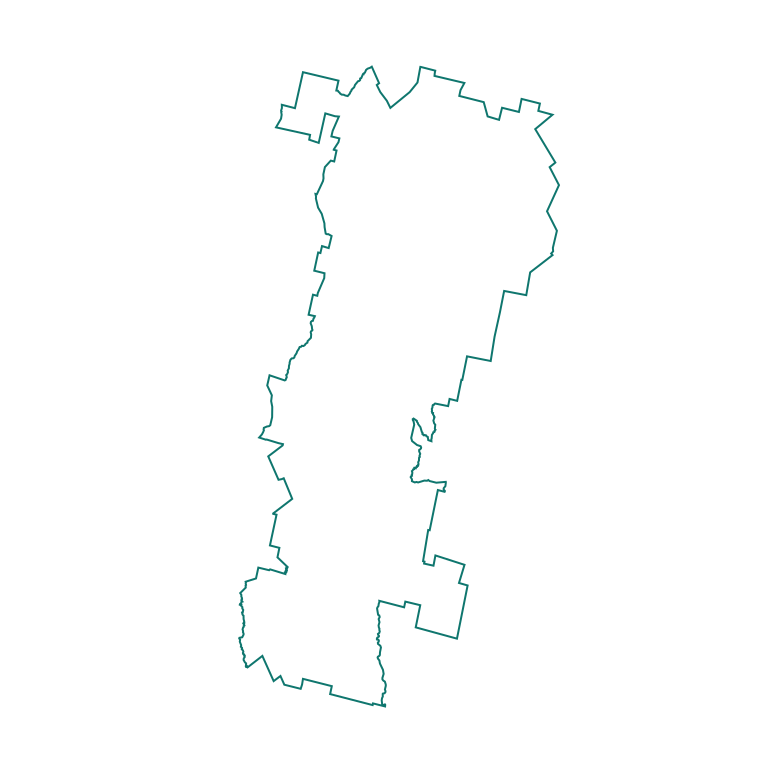 Cloncurry, Queensland, Australia (Equal Earth projection), rotated 189°
{"feature_id": "25037944B6261933942264", "entity_name": "Cloncurry", "entity_type": "district", "adm_level": 2, "iso_a3": "AUS", "parent_name": "Australia", "parent_adm1": "Queensland", "projection": "equal_earth", "projection_center": [140.518, -20.699], "detail": "fine", "context": "isolated", "style": "outline", "palette": "teal", "viewbox_px": 768, "rotation_deg": 189, "n_neighbors": 0, "source": "geoboundaries", "source_scale": "gbopen_adm2", "svg_char_len": 6113}
<svg xmlns="http://www.w3.org/2000/svg" viewBox="0 0 768 768"><g transform="rotate(189 384 384)"><path d="M512.8,679.3L515.1,642.5L528.6,643.8L528.0,640.6L528.4,637.9L527.8,637.0L528.1,636.6L527.2,633.9L527.2,629.9L530.8,620.6L496.0,618.5L496.1,613.6L486.2,611.9L484.3,642.1L474.3,640.8L470.4,641.1L474.3,626.0L474.7,620.3L466.5,619.6L466.8,615.7L470.3,607.8L470.3,607.5L467.4,607.2L468.0,596.0L471.5,596.3L476.3,589.0L476.7,581.6L475.9,577.6L476.0,574.9L480.0,560.9L481.4,561.0L480.4,558.3L480.3,556.6L476.7,547.9L472.1,542.3L468.0,533.4L467.2,529.6L465.1,523.4L463.8,523.0L462.4,523.3L458.9,522.0L459.9,509.6L466.8,510.5L467.3,503.4L469.6,503.6L470.6,485.0L460.1,484.1L459.6,479.2L463.6,463.5L463.7,460.7L468.1,461.1L469.3,440.6L462.9,440.2L463.3,438.5L463.8,437.9L464.1,435.3L465.0,435.0L465.9,433.9L465.9,432.4L464.4,429.9L463.5,426.7L463.1,426.2L463.2,425.7L464.4,424.5L464.5,423.6L463.7,421.7L463.4,418.2L466.2,414.3L466.1,412.9L467.8,411.3L468.3,410.0L469.5,408.9L471.1,408.9L471.6,407.9L473.1,407.3L473.7,405.2L474.9,402.6L475.2,400.7L476.6,397.7L476.7,396.3L477.4,395.3L479.2,394.8L480.2,393.3L480.6,390.5L480.4,389.2L480.7,387.0L480.4,384.6L481.2,382.2L480.7,380.7L481.1,378.9L482.0,377.5L481.6,377.1L481.1,375.1L481.5,374.5L481.8,372.6L482.6,372.0L498.4,374.7L499.1,364.3L493.0,355.3L492.8,349.5L490.8,344.0L489.3,333.7L489.9,325.5L490.9,324.4L493.0,323.7L495.8,321.9L495.8,320.2L495.4,319.6L495.8,317.7L496.7,315.1L498.9,311.6L492.0,310.5L491.2,310.8L479.0,309.1L474.4,308.8L474.5,307.5L487.0,294.4L473.2,272.9L470.0,274.1L468.3,275.2L456.7,256.2L473.2,238.8L473.1,238.4L469.7,238.1L471.4,206.7L461.7,205.8L462.1,196.1L450.5,188.1L450.7,187.4L451.5,187.5L451.2,186.4L451.7,186.8L452.0,186.6L451.6,185.8L451.9,184.1L451.2,184.0L451.5,183.4L451.0,183.0L451.2,182.5L451.7,182.5L451.7,181.8L451.9,181.9L452.0,182.6L452.4,182.4L451.9,180.9L467.5,183.1L468.3,182.1L479.4,183.0L480.0,171.9L489.7,167.1L489.3,166.4L489.5,165.7L488.8,163.9L489.2,163.4L488.7,161.3L493.3,155.0L491.9,153.4L491.7,151.8L490.9,150.6L490.5,149.3L490.6,148.8L491.0,148.8L491.0,148.1L490.1,147.2L490.8,147.1L490.5,145.9L491.8,144.2L491.9,143.4L491.2,143.2L490.7,143.9L490.3,143.8L490.2,142.4L489.0,141.5L488.8,140.1L487.7,138.8L487.8,136.5L488.4,136.3L488.5,135.9L487.9,135.2L487.9,134.6L487.3,133.7L486.5,133.2L485.9,129.8L484.9,127.6L485.5,125.4L485.1,125.1L484.6,125.4L484.6,124.4L484.1,123.6L484.8,122.9L484.6,122.1L485.1,121.3L485.3,119.5L484.5,117.9L484.5,116.8L483.7,115.7L483.5,114.5L484.4,111.7L487.1,110.7L487.2,110.0L486.1,108.9L486.1,106.9L484.2,103.7L484.3,102.1L483.0,101.3L482.8,100.7L483.1,100.1L483.0,99.7L481.7,98.9L481.0,97.5L481.3,96.4L481.0,95.5L480.7,95.1L479.9,95.1L479.6,94.7L479.6,93.8L479.0,93.7L478.9,92.3L479.6,91.1L479.5,89.5L477.8,87.3L476.5,86.5L476.3,83.4L475.9,82.9L475.6,82.9L475.6,83.7L475.2,84.0L474.3,82.9L461.6,96.4L446.5,73.3L440.6,79.4L435.4,71.4L418.6,69.9L417.9,74.4L417.9,80.1L388.3,77.4L388.7,69.3L345.0,65.1L344.9,66.8L332.5,65.7L332.6,67.3L333.0,67.7L334.8,66.6L335.6,67.0L336.8,71.2L336.8,73.3L336.3,75.1L336.8,77.7L336.6,78.1L335.1,78.6L334.4,79.9L334.5,80.9L335.3,82.4L335.0,86.2L335.3,87.6L336.6,90.2L338.2,90.9L339.3,91.9L339.6,93.4L339.0,97.6L340.3,101.5L344.3,107.3L345.3,110.2L346.8,111.6L347.5,112.7L347.4,113.6L346.0,114.9L345.7,115.7L346.0,118.4L345.8,123.3L346.7,124.9L349.3,126.4L349.6,127.6L348.9,128.7L349.0,130.0L349.7,130.6L350.9,130.5L351.2,131.0L351.0,132.3L349.5,133.8L349.6,134.5L350.6,135.4L350.9,136.2L349.7,137.5L349.5,139.0L350.1,140.2L350.3,141.8L350.9,142.5L351.6,144.7L351.2,148.1L352.5,151.0L351.8,153.2L352.5,154.7L353.3,154.8L353.8,155.4L355.7,161.1L355.6,162.2L354.8,163.7L354.8,166.4L354.4,167.9L354.7,169.1L329.2,166.6L328.9,172.4L313.6,171.2L314.6,148.6L272.1,143.9L269.9,198.1L278.8,199.2L276.2,218.0L306.4,222.7L306.7,212.3L316.3,212.9L316.2,214.9L317.7,215.1L317.5,246.7L316.0,246.7L314.2,287.7L307.3,287.0L307.1,287.8L308.6,289.2L308.7,289.7L308.7,290.5L307.4,292.7L307.5,296.2L307.7,297.0L316.9,294.7L323.9,295.3L325.2,296.1L326.3,295.2L329.1,294.9L334.9,292.1L336.6,292.3L338.2,291.6L341.2,292.4L341.5,294.3L343.1,296.2L343.0,296.8L342.0,297.7L342.4,298.5L342.1,298.9L342.1,300.8L342.8,302.3L342.1,303.2L341.8,304.3L340.9,304.6L341.0,306.0L340.3,306.2L339.4,305.8L338.8,307.8L338.3,307.6L338.0,308.9L337.5,308.8L337.4,310.3L338.0,312.1L337.5,313.9L337.8,316.3L337.8,317.0L337.2,317.6L337.7,318.8L337.3,320.7L338.7,322.9L338.9,323.8L338.9,324.5L338.0,325.2L337.4,326.2L337.4,327.2L338.1,328.3L341.8,328.9L347.3,332.0L348.7,335.0L347.8,348.5L348.9,351.6L349.9,352.9L350.1,353.8L349.4,354.5L345.8,352.8L345.7,352.0L344.5,350.8L343.9,349.6L341.3,347.1L339.1,342.5L338.4,342.0L338.3,340.7L337.7,340.6L337.2,339.8L336.5,339.5L336.0,340.0L334.3,339.8L333.9,339.0L332.5,338.6L331.5,335.5L328.2,334.9L328.6,336.8L328.4,337.8L328.7,341.3L327.8,343.1L327.8,344.0L326.7,344.5L326.5,345.1L326.8,345.7L326.0,346.8L326.5,347.2L326.8,348.0L327.0,351.8L328.3,353.0L329.5,355.6L328.9,359.1L329.4,359.2L329.6,360.3L330.9,361.7L331.0,363.0L331.8,362.9L332.5,364.3L332.3,364.9L332.9,366.9L332.5,368.2L332.6,370.5L332.3,371.0L331.6,371.1L331.4,371.7L330.5,372.7L317.2,372.2L316.9,379.5L309.1,378.8L308.2,400.3L307.3,400.3L306.3,424.3L282.2,423.4L282.2,448.0L280.7,473.1L279.9,494.7L257.4,494.0L257.1,517.1L237.7,537.7L239.3,539.0L237.7,541.5L238.5,544.9L237.2,562.4L250.0,580.1L242.3,607.8L254.3,624.1L249.4,629.5L274.5,659.4L259.7,676.3L274.3,677.9L273.9,685.4L292.7,687.1L293.3,673.8L310.6,675.3L311.7,662.9L323.5,664.5L329.6,678.0L354.7,680.3L354.4,686.2L351.7,693.9L382.3,696.2L382.5,698.9L382.4,701.5L397.1,702.9L397.7,702.9L398.1,687.0L404.3,676.3L420.9,657.7L425.5,664.2L433.3,671.7L437.9,678.2L435.9,680.3L445.7,695.5L447.1,694.2L449.5,692.9L450.8,691.5L451.6,688.5L452.6,687.6L452.6,686.8L453.2,686.8L453.4,686.2L454.3,682.6L455.2,682.2L455.4,681.7L455.1,680.7L455.3,680.2L456.0,679.4L457.0,679.0L459.4,674.9L459.9,672.4L462.0,669.7L462.0,668.8L462.9,667.0L463.2,665.5L464.9,662.7L467.5,662.9L469.0,663.4L471.1,663.2L472.9,664.1L473.5,664.9L474.5,665.4L475.4,666.4L477.0,666.4L476.4,676.5L512.8,679.3Z" fill="none" stroke="#0f766e" stroke-width="2"/></g></svg>